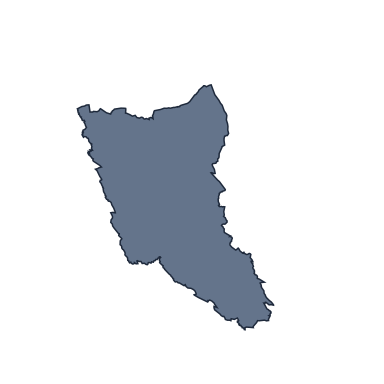 outline of Sørum nor, Akershus, Norway, rotated 220°
{"feature_id": "86288312B90693098258026", "entity_name": "Sørum nor", "entity_type": "district", "adm_level": 2, "iso_a3": "NOR", "parent_name": "Norway", "parent_adm1": "Akershus", "projection": "natural_earth1", "projection_center": [11.283, 59.978], "detail": "fine", "context": "isolated", "style": "filled", "palette": "slate", "viewbox_px": 384, "rotation_deg": 220, "n_neighbors": 0, "source": "geoboundaries", "source_scale": "gbopen_adm2", "svg_char_len": 6070}
<svg xmlns="http://www.w3.org/2000/svg" viewBox="0 0 384 384"><g transform="rotate(220 192 192)"><path d="M50.7,142.8L51.6,143.6L52.5,147.2L53.6,146.8L53.2,148.0L53.9,149.1L53.7,150.2L54.4,150.4L54.5,150.9L55.9,151.1L56.5,150.7L57.7,151.0L59.4,150.6L65.4,153.0L64.5,153.4L64.5,153.9L65.0,154.4L64.6,155.0L60.4,155.1L58.9,156.6L56.8,157.7L57.1,158.0L60.4,158.7L63.1,158.6L66.8,158.9L68.8,159.5L69.4,160.1L71.6,160.7L73.4,162.5L77.5,163.6L78.4,164.2L78.3,164.4L79.4,165.3L81.3,166.0L80.8,167.1L78.6,169.4L84.5,168.5L86.4,167.8L87.8,169.5L89.2,169.8L90.3,169.2L92.1,169.6L92.0,170.1L93.1,170.9L93.2,171.6L95.0,172.5L95.7,172.4L96.9,173.2L97.1,174.5L99.1,175.6L99.4,176.2L100.5,176.0L101.7,176.5L101.3,176.9L101.8,177.2L100.7,177.8L102.6,178.7L105.2,179.1L106.8,182.0L107.8,182.1L108.7,181.7L109.3,180.0L110.2,179.1L112.0,178.8L113.2,178.1L113.4,179.2L113.6,179.1L114.1,177.7L117.4,177.7L119.6,178.6L120.6,178.7L120.9,176.3L121.3,175.6L126.3,175.3L128.8,175.8L129.5,176.4L130.0,177.3L129.8,177.8L130.2,178.2L130.1,180.0L130.8,180.5L131.2,182.1L131.6,182.6L132.3,182.9L133.2,182.6L134.0,183.3L134.6,182.9L134.8,182.1L135.3,182.8L141.2,181.8L142.5,182.9L143.5,184.4L145.0,184.7L146.1,185.3L147.8,185.2L148.0,186.5L147.2,187.8L146.1,188.5L145.8,189.8L146.0,190.8L145.7,191.2L146.5,192.4L147.9,192.6L150.0,193.7L152.1,193.6L152.4,195.1L155.0,197.3L157.4,201.7L158.7,200.8L159.1,200.1L160.1,199.9L161.3,198.6L161.9,198.4L162.0,198.7L163.1,198.9L162.8,199.8L163.0,200.2L165.6,201.5L167.5,203.5L167.5,204.3L168.9,205.8L169.4,207.4L170.2,208.4L169.9,208.8L170.2,209.9L169.0,211.6L169.3,211.8L167.7,214.4L168.1,215.3L177.8,217.6L180.1,217.6L189.8,218.9L189.4,219.5L186.9,220.3L186.2,221.1L189.4,223.7L193.1,225.2L194.2,226.0L194.3,227.1L192.3,229.3L192.2,229.9L192.7,230.8L192.0,232.1L193.6,233.9L193.4,235.3L193.8,236.2L195.9,238.9L197.8,245.6L198.2,246.0L197.1,248.9L200.4,251.9L201.7,253.4L202.9,255.7L202.3,256.4L202.1,257.3L201.2,258.0L201.6,260.4L204.4,262.4L206.6,265.3L208.6,267.1L212.0,269.3L214.5,273.0L216.3,274.0L219.4,274.8L224.7,277.9L227.2,278.3L230.2,279.5L237.1,281.2L246.2,286.4L247.3,284.9L248.6,281.9L250.5,281.6L251.4,280.8L251.2,280.5L252.2,274.8L251.7,272.8L251.8,270.1L251.6,270.0L251.7,269.2L252.3,268.0L251.8,259.7L252.4,257.0L256.1,251.4L256.6,250.3L256.3,249.5L257.9,248.1L257.7,247.8L258.3,247.5L259.7,245.5L260.2,245.3L262.6,242.1L263.8,241.6L265.1,239.9L267.2,238.3L269.1,235.0L272.9,230.3L273.0,229.5L271.4,226.3L271.5,225.4L268.9,223.1L271.3,222.9L272.4,220.9L271.4,220.0L274.3,218.9L275.0,217.5L276.2,217.1L277.4,217.4L278.1,217.2L279.0,216.6L279.7,214.8L282.1,213.6L284.8,214.2L286.4,211.8L289.3,211.3L293.0,210.2L293.6,209.7L295.7,212.6L296.5,213.4L297.1,213.1L300.3,210.6L304.7,205.6L304.7,204.2L305.1,203.1L304.8,201.3L305.0,201.1L304.4,199.4L308.5,197.7L315.6,197.0L315.8,196.3L315.5,194.4L316.3,192.5L319.3,190.4L319.4,189.5L321.5,187.7L326.9,192.5L328.3,191.3L329.0,190.4L329.5,188.8L331.3,186.7L333.3,182.0L331.9,181.5L332.0,181.1L330.0,179.5L329.1,179.8L328.7,178.7L327.9,178.8L326.1,177.9L325.3,178.1L325.4,177.8L323.1,177.1L322.6,176.5L321.4,176.6L320.7,177.6L319.8,177.3L319.4,177.1L319.7,176.4L319.5,176.0L317.7,175.4L316.1,174.3L314.4,173.7L314.3,171.2L315.2,169.3L314.8,168.6L314.0,168.2L314.3,167.9L313.8,167.5L314.3,167.2L313.9,166.6L313.0,166.3L313.0,165.9L312.3,165.2L312.6,165.0L310.7,164.3L310.8,164.7L310.3,164.6L310.3,165.1L308.7,166.2L306.9,165.9L305.9,166.4L303.5,164.5L301.0,164.0L300.4,164.3L299.6,164.3L299.7,163.5L297.8,162.4L297.2,160.9L295.1,160.0L295.7,159.6L295.6,159.2L296.2,159.4L297.2,158.7L296.0,158.3L296.6,158.3L296.1,158.1L296.1,157.5L296.8,157.1L296.1,156.4L296.9,156.3L296.0,155.8L297.1,155.8L296.5,155.5L297.1,155.4L297.0,155.0L294.9,154.1L292.3,154.2L290.8,153.6L288.9,153.9L288.6,152.8L287.4,152.2L279.7,153.1L277.4,152.9L278.9,150.7L279.3,149.4L280.6,147.4L278.4,147.3L272.7,144.7L269.3,143.7L269.0,143.1L269.8,142.0L269.2,140.6L266.6,140.1L266.2,139.6L263.3,138.4L263.3,138.1L262.2,137.9L262.2,137.4L259.9,135.4L257.2,134.4L256.1,133.4L255.7,133.7L255.3,133.5L254.8,133.1L254.9,132.2L252.7,131.5L251.5,132.1L251.0,131.4L250.5,131.3L249.8,131.4L249.2,132.0L247.2,132.0L245.1,130.6L241.5,129.3L237.5,127.0L237.3,126.8L238.7,125.8L239.3,125.8L240.9,123.9L237.5,122.4L236.7,121.6L236.1,120.7L236.1,118.8L234.7,116.5L232.4,116.2L231.0,115.0L228.6,114.3L221.6,112.9L220.9,113.3L220.5,112.8L220.6,112.4L220.1,111.5L215.9,111.2L215.5,110.4L215.7,109.8L215.6,108.5L213.2,105.4L211.8,105.5L210.5,104.8L209.9,104.0L208.3,103.5L207.5,103.7L204.9,102.8L203.9,102.2L203.2,101.0L202.6,100.6L199.3,100.3L197.2,98.3L196.2,98.6L195.8,98.1L194.3,97.6L193.8,98.9L193.0,98.4L191.3,98.6L190.6,99.3L190.3,100.1L190.8,100.9L188.7,101.0L187.4,102.3L189.9,103.8L189.8,104.2L187.9,104.7L186.4,106.0L184.2,105.2L182.7,106.8L180.6,107.0L179.5,107.6L179.4,108.2L180.1,109.8L179.4,110.5L177.7,111.2L178.1,112.5L176.5,113.4L176.9,115.0L176.1,115.8L176.4,117.0L175.3,117.9L175.6,119.3L175.1,120.2L175.4,121.3L174.7,121.9L173.9,121.7L174.2,120.1L173.6,119.6L173.5,119.0L171.6,118.2L171.7,117.4L171.0,117.0L167.7,116.8L166.8,117.0L166.3,116.1L165.4,115.5L164.0,115.7L163.4,115.2L156.4,114.4L154.9,114.6L154.1,114.1L151.9,113.9L151.0,113.4L150.3,113.6L149.5,112.7L147.4,112.3L146.9,112.4L146.0,113.6L144.1,113.5L143.4,114.2L138.0,115.1L137.6,115.5L137.8,116.1L137.6,116.7L135.9,115.8L133.5,115.8L130.8,117.6L128.0,118.2L125.8,118.0L123.3,116.7L123.1,116.1L124.4,114.7L124.1,114.5L119.3,115.3L109.3,117.8L109.2,118.4L110.0,119.1L109.2,119.8L109.0,120.6L106.9,121.2L103.3,121.1L102.9,120.7L98.7,119.6L101.6,118.5L100.7,117.4L98.9,116.3L92.2,116.5L90.2,116.1L88.4,116.4L87.7,117.2L85.3,116.4L84.5,115.8L82.4,116.6L80.6,118.1L79.5,118.4L80.5,120.1L77.7,121.6L76.2,124.6L73.5,123.5L73.4,123.0L74.2,122.3L73.7,121.5L71.0,121.4L70.5,121.1L70.8,120.6L70.4,120.4L69.8,120.4L68.8,121.2L67.7,120.6L66.9,120.9L66.2,120.3L65.6,120.8L64.4,120.8L63.5,120.2L62.8,120.6L64.2,122.1L63.5,123.5L57.9,127.5L58.5,127.8L58.7,129.1L58.6,133.6L59.1,135.6L57.8,136.5L54.1,140.4L52.1,141.2L50.7,142.8Z" fill="#64748b" stroke="#1e293b" stroke-width="1.5"/></g></svg>